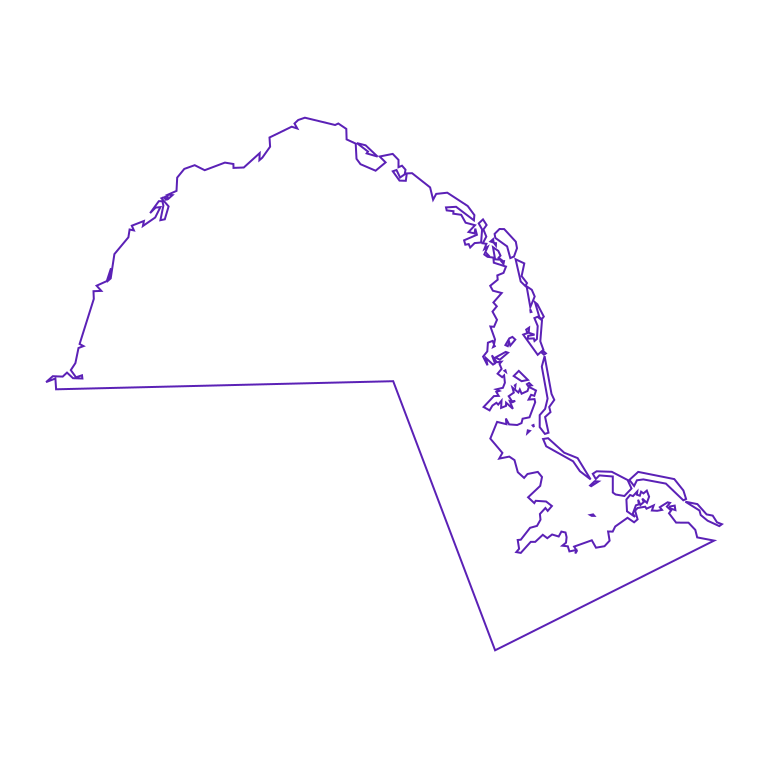 North New Georgia, Western, Solomon Islands
{"feature_id": "97153195B59663356998763", "entity_name": "North New Georgia", "entity_type": "district", "adm_level": 2, "iso_a3": "SLB", "parent_name": "Solomon Islands", "parent_adm1": "Western", "projection": "orthographic", "projection_center": [157.587, -8.128], "detail": "fine", "context": "isolated", "style": "outline", "palette": "violet", "viewbox_px": 768, "rotation_deg": 0, "n_neighbors": 0, "source": "geoboundaries", "source_scale": "gbopen_adm2", "svg_char_len": 6139}
<svg xmlns="http://www.w3.org/2000/svg" viewBox="0 0 768 768"><path d="M56.1,389.3L393.2,381.2L495.1,650.3L714.1,540.6L697.2,537.4L695.3,529.9L688.5,522.7L676.1,522.6L669.0,513.3L671.1,510.5L666.9,506.6L670.0,502.9L667.6,502.3L659.8,507.2L662.0,509.9L657.2,510.8L651.9,510.5L653.7,505.4L646.5,508.7L645.2,506.7L637.6,508.0L635.1,510.7L637.6,519.3L634.1,522.3L627.5,517.8L615.2,526.5L612.7,531.6L608.1,531.5L609.6,540.7L604.5,546.2L596.0,547.7L591.8,540.3L574.1,546.6L576.9,550.9L575.3,553.5L576.2,550.0L569.4,551.4L567.8,546.3L562.3,545.7L566.0,542.7L566.6,537.2L565.5,532.5L561.4,531.6L558.7,536.5L552.1,534.5L547.3,538.2L542.8,534.8L535.2,541.9L530.7,541.9L520.8,552.9L516.3,552.1L519.1,548.8L517.7,540.0L520.8,539.7L530.1,527.8L537.0,525.9L540.5,519.7L539.9,514.0L545.4,508.0L547.7,510.9L551.9,506.0L546.1,501.5L535.7,500.8L534.3,503.1L528.1,497.3L540.2,485.9L542.0,477.0L537.8,471.9L527.5,474.0L524.1,477.9L517.8,472.2L514.5,460.1L509.3,456.6L499.2,458.6L502.4,452.9L490.3,438.6L497.1,421.9L506.4,424.2L505.9,418.5L509.1,424.4L517.2,425.0L521.5,423.1L522.6,418.7L529.5,417.3L535.2,402.2L534.5,399.1L528.6,399.6L531.1,394.8L534.3,395.8L536.0,390.5L528.9,386.9L527.5,391.0L521.6,393.7L519.8,389.5L518.4,392.5L512.4,387.5L513.8,392.6L508.7,396.2L512.0,401.3L515.2,400.9L512.6,402.2L509.8,401.2L512.9,408.8L506.1,402.7L506.0,405.9L501.1,407.9L501.5,400.7L498.2,404.6L496.4,402.8L492.4,405.6L489.6,410.4L483.6,407.0L493.9,396.1L498.7,395.9L496.3,391.9L499.3,390.9L496.1,389.4L502.9,387.8L504.9,382.7L504.1,375.4L502.2,377.2L497.6,373.7L501.6,368.9L499.5,363.9L501.4,361.7L496.7,362.2L491.9,355.3L495.0,363.4L493.0,364.6L486.0,358.1L487.5,365.3L483.1,356.6L487.3,351.4L487.9,342.7L492.6,340.9L494.0,344.2L495.0,339.4L490.4,326.5L494.0,326.8L497.0,319.8L492.5,311.6L496.8,306.3L493.4,302.5L501.7,293.0L492.9,290.7L490.2,285.8L497.7,279.7L497.3,275.4L503.5,272.9L506.0,266.6L493.8,262.7L493.4,257.6L487.5,256.8L484.3,254.5L487.6,246.9L484.4,249.0L486.4,243.8L482.8,243.3L486.3,236.6L483.4,229.5L486.6,225.0L483.0,219.4L478.7,223.4L482.1,229.5L481.1,242.5L474.6,243.1L470.2,247.5L468.7,244.1L465.3,244.7L464.1,240.3L476.9,234.8L475.3,228.6L474.5,233.4L468.6,232.0L475.0,225.2L465.6,222.7L461.2,214.8L453.3,213.7L453.5,211.2L446.7,210.4L446.0,207.4L456.1,206.8L473.9,220.3L474.4,215.1L467.7,206.0L447.3,192.7L436.2,193.9L433.1,199.7L430.1,187.4L412.1,173.2L406.8,173.4L405.8,180.8L399.5,180.6L392.8,171.3L396.5,170.0L400.1,177.5L404.7,174.3L405.5,169.7L402.0,165.7L398.5,167.2L398.5,159.9L392.7,153.9L379.7,156.5L385.6,162.4L375.6,170.7L360.5,164.2L356.5,158.8L355.7,143.6L346.6,139.4L346.3,128.9L338.3,123.5L335.1,125.0L304.9,117.7L298.2,120.0L294.5,123.5L297.3,128.5L291.7,126.7L269.5,137.5L270.1,146.7L262.3,157.7L259.4,160.2L259.7,153.1L243.8,167.5L233.5,167.9L233.4,164.0L224.9,162.6L204.7,170.2L194.7,165.2L184.3,168.9L177.2,177.6L176.5,190.9L168.1,194.6L172.5,195.1L168.0,199.1L165.8,199.7L164.9,198.4L167.0,199.2L167.7,196.0L161.5,198.3L168.6,206.4L164.8,219.3L160.4,220.2L163.4,205.5L162.3,201.2L158.8,201.2L150.1,213.1L155.6,207.6L160.4,207.1L155.2,217.5L142.9,226.0L143.9,221.0L131.8,225.7L133.9,230.4L129.6,229.5L128.4,237.3L114.4,254.1L110.7,278.4L108.5,280.3L111.0,268.2L106.8,281.1L96.6,285.7L101.3,290.9L93.5,291.2L93.8,298.9L79.6,344.0L83.5,346.1L78.5,348.0L75.4,363.1L70.8,370.1L76.0,377.3L82.0,375.3L82.4,378.5L73.0,378.2L67.0,372.6L62.7,376.6L52.8,376.2L46.1,382.1L55.4,378.5L56.1,389.3ZM686.1,499.0L683.4,490.5L674.3,479.1L638.2,471.9L629.4,479.9L634.1,486.0L636.9,480.3L643.3,479.4L665.9,483.6L683.3,500.3L686.1,499.0ZM554.3,399.9L551.5,393.9L544.6,356.2L541.8,366.6L547.6,398.6L545.1,408.9L539.7,415.1L539.7,427.1L544.9,433.9L548.5,432.7L545.1,417.0L550.5,412.1L549.2,407.0L554.3,399.9ZM631.5,488.5L627.6,480.0L611.8,471.8L596.6,471.3L592.8,473.8L595.8,479.0L599.4,475.4L612.8,476.5L612.8,492.5L615.6,494.5L624.4,496.0L631.5,488.5ZM517.0,248.2L515.8,241.7L504.2,229.1L499.5,229.0L494.6,233.9L495.3,237.9L507.1,246.4L510.3,258.1L514.0,256.5L517.0,248.2ZM543.4,349.8L540.3,341.3L542.0,320.3L537.5,316.8L534.4,318.1L537.7,326.0L536.9,339.0L534.5,341.0L533.8,338.4L527.7,338.7L528.2,335.8L534.5,334.7L528.7,332.7L529.1,327.6L526.2,329.6L527.4,333.1L523.2,334.6L537.7,354.8L543.4,349.8ZM590.6,479.4L577.6,458.1L564.2,452.7L548.1,438.2L543.1,439.0L546.2,446.3L573.1,461.3L579.9,471.2L590.6,479.4ZM649.1,496.7L646.8,490.6L643.5,493.4L641.1,491.7L639.8,495.7L636.9,494.7L637.3,491.4L633.0,496.1L630.1,495.0L626.4,499.5L627.0,511.3L635.0,516.9L632.8,513.6L635.9,505.3L638.9,504.4L638.1,499.7L640.4,505.0L643.7,502.1L642.3,498.6L646.9,502.8L649.1,496.7ZM721.9,524.2L717.0,522.3L712.7,515.6L706.6,514.4L697.4,504.1L685.4,501.7L699.5,510.5L700.7,515.0L707.6,520.7L719.3,526.1L721.9,524.2ZM527.0,283.1L521.6,276.1L524.3,263.4L515.6,259.3L520.7,281.5L525.3,286.0L527.0,283.1ZM527.9,379.9L518.8,370.9L513.7,376.0L521.6,381.2L527.9,379.9ZM534.7,296.5L531.8,289.8L526.6,286.3L530.3,307.1L534.7,296.5ZM377.6,156.6L365.6,145.3L356.9,143.1L368.0,151.6L366.7,153.4L377.6,156.6ZM543.8,316.6L537.4,304.3L535.0,302.3L539.4,317.2L541.8,319.1L543.8,316.6ZM501.3,259.8L498.6,257.8L500.5,255.6L498.3,250.9L493.0,247.2L495.1,259.3L501.3,259.8ZM515.3,339.6L512.4,336.9L509.3,338.4L505.4,345.1L507.8,346.2L509.2,342.1L510.3,345.6L515.3,339.6ZM508.0,352.7L505.7,351.9L495.4,357.5L499.8,359.7L508.0,352.7ZM675.4,510.1L674.7,505.6L669.9,506.5L669.6,508.2L675.4,510.1ZM598.5,481.5L594.7,481.2L590.1,485.5L591.2,486.2L598.5,481.5ZM531.6,385.3L529.1,382.9L526.9,384.2L527.9,385.8L531.6,385.3ZM545.9,353.4L543.9,351.6L542.1,353.0L544.0,354.7L545.9,353.4ZM503.5,263.9L504.0,261.2L501.6,261.6L503.5,263.9ZM495.9,245.5L496.0,243.2L494.0,243.0L495.9,245.5ZM527.3,433.2L529.8,430.9L527.8,430.4L527.3,433.2ZM493.7,242.6L493.1,239.2L490.5,241.5L493.7,242.6ZM594.4,515.9L593.1,514.4L590.2,515.0L591.8,515.9L594.4,515.9ZM488.6,255.5L487.1,253.9L487.4,255.9L488.6,255.5ZM533.9,427.0L533.5,425.0L532.6,425.4L533.9,427.0ZM531.4,311.9L530.2,309.3L530.6,312.1L531.4,311.9ZM505.8,371.8L505.4,370.3L504.5,370.8L505.8,371.8ZM515.3,386.5L515.5,384.9L514.8,385.4L515.3,386.5ZM494.8,346.2L494.0,344.9L493.2,347.0L494.8,346.2Z" fill="none" stroke="#5b21b6" stroke-width="2"/></svg>